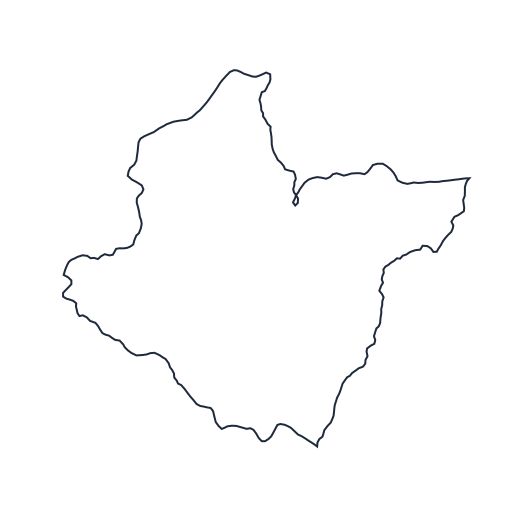 Varzelândia, Minas Gerais, Brazil, rotated 298°
{"feature_id": "56859067B50671796395977", "entity_name": "Varzelândia", "entity_type": "district", "adm_level": 2, "iso_a3": "BRA", "parent_name": "Brazil", "parent_adm1": "Minas Gerais", "projection": "albers", "projection_center": [-43.92, -15.637], "detail": "fine", "context": "isolated", "style": "outline", "palette": "slate", "viewbox_px": 512, "rotation_deg": 298, "n_neighbors": 0, "source": "geoboundaries", "source_scale": "gbopen_adm2", "svg_char_len": 4444}
<svg xmlns="http://www.w3.org/2000/svg" viewBox="0 0 512 512"><g transform="rotate(298 256 256)"><path d="M116.5,399.4L120.3,397.8L124.3,397.9L127.5,399.5L130.4,399.0L134.3,398.1L139.7,399.0L143.9,400.2L147.1,400.0L151.3,399.5L155.2,398.0L158.4,396.6L161.5,395.5L165.0,394.9L169.1,394.1L173.7,394.1L177.9,393.5L183.9,392.4L188.4,392.9L191.7,393.4L194.2,395.1L197.8,395.8L201.7,397.8L205.1,399.4L208.5,402.4L212.2,403.0L215.6,401.5L219.9,401.5L223.5,398.5L226.5,397.5L230.6,399.3L234.0,401.7L237.7,400.8L240.6,397.8L245.2,396.9L248.6,396.3L251.4,397.4L255.0,397.1L259.6,395.1L264.5,393.4L268.1,391.4L271.6,390.6L275.2,388.8L279.4,388.1L281.5,385.2L283.2,381.2L288.4,380.5L292.0,380.7L294.4,378.0L297.6,377.0L301.0,376.8L303.9,374.8L307.3,375.2L310.2,377.0L313.4,378.3L316.7,380.3L320.0,381.4L321.4,384.5L325.2,385.4L327.8,388.0L331.8,390.1L335.9,393.9L338.7,398.0L343.3,398.3L345.2,402.7L344.8,406.9L342.9,410.7L344.6,413.6L347.7,413.6L352.1,414.1L356.9,414.1L360.6,414.7L364.8,415.7L369.0,417.1L372.6,416.8L375.6,415.9L378.0,412.4L383.8,412.8L386.9,415.3L389.8,416.8L393.1,418.5L396.2,417.3L399.2,415.1L402.7,412.6L407.1,412.1L411.2,410.1L414.7,408.2L418.1,407.4L421.3,407.1L424.8,407.9L422.8,404.4L421.0,401.8L418.9,399.0L417.1,396.3L415.0,393.4L412.4,389.7L409.7,385.6L407.2,382.4L405.0,378.5L403.1,374.5L401.1,371.7L399.0,368.8L396.7,365.1L394.9,360.7L392.8,358.4L390.7,355.7L389.4,350.7L389.2,345.5L391.9,342.1L394.2,338.2L395.7,334.3L396.7,329.2L397.0,324.6L394.4,319.8L391.2,316.5L386.7,315.9L382.3,315.0L379.2,313.4L377.8,308.7L375.8,305.0L373.6,301.5L370.6,298.5L368.2,295.8L367.6,292.1L366.9,288.4L364.2,285.4L360.4,284.3L357.2,281.7L355.8,276.8L354.4,273.0L351.2,269.2L348.2,266.6L343.5,264.5L339.0,263.9L335.6,263.4L332.0,263.4L328.5,262.9L330.0,259.7L332.4,257.5L336.3,256.7L339.2,255.2L342.7,255.0L346.1,252.3L348.2,249.5L347.1,245.6L346.2,241.0L348.6,238.0L350.2,234.0L351.1,230.1L353.6,226.6L355.9,223.1L358.4,220.4L361.8,217.6L365.7,215.4L368.5,213.7L371.5,211.5L374.3,209.3L377.0,208.2L378.1,204.3L380.9,200.1L382.5,196.8L385.4,195.2L387.1,192.3L390.4,190.3L393.0,188.2L395.6,185.7L399.3,185.0L403.3,184.2L405.8,186.4L409.2,186.5L412.4,186.3L415.5,186.5L418.7,185.8L423.1,183.2L422.7,178.8L419.6,176.5L416.6,174.1L414.2,171.8L412.8,168.6L412.0,163.7L411.3,160.1L411.3,156.3L411.0,152.3L409.7,149.3L406.3,146.6L401.8,145.3L398.7,144.5L395.0,143.6L391.4,143.0L386.6,142.7L381.5,142.2L376.6,141.5L371.9,140.9L368.1,140.3L362.5,139.0L358.0,137.9L354.9,136.5L351.5,135.4L348.3,134.2L343.9,131.1L340.8,126.6L338.6,123.6L336.0,120.3L332.8,117.4L330.3,115.2L327.6,113.6L323.3,110.6L317.3,107.5L313.5,104.4L309.2,101.1L305.4,98.9L301.4,98.9L297.0,100.6L292.8,102.4L288.3,104.0L284.1,105.6L279.4,105.6L274.7,103.6L270.8,103.8L266.6,105.1L265.2,110.4L265.2,115.9L264.7,122.0L262.0,125.3L258.0,125.6L254.3,124.2L250.9,123.8L247.2,125.6L243.3,129.3L239.8,132.3L236.1,135.0L233.6,137.8L230.7,140.0L225.9,141.4L221.2,141.9L217.8,140.7L212.9,141.2L208.5,142.2L205.2,140.5L202.6,138.3L200.5,135.4L198.7,131.8L196.6,129.1L193.1,129.1L189.9,129.0L187.7,126.3L186.6,121.6L183.1,119.3L179.1,117.9L178.3,113.9L176.4,111.0L176.9,106.9L175.2,102.5L171.5,98.9L168.6,96.9L166.0,94.8L162.8,93.5L159.0,93.5L155.1,93.9L152.2,94.4L149.0,95.1L149.0,99.9L147.8,104.4L144.5,106.2L140.6,105.2L136.6,104.0L132.8,103.0L129.6,104.7L129.3,108.3L130.1,112.2L130.6,115.7L129.9,119.4L126.7,120.9L124.0,123.3L121.7,125.3L120.1,128.3L122.3,130.9L122.4,135.4L120.8,140.0L121.6,145.6L120.1,149.3L117.9,152.8L115.8,156.7L115.9,160.2L116.7,163.7L116.1,167.4L115.8,171.1L117.3,175.3L115.6,180.3L113.8,183.0L112.5,187.2L111.9,191.4L112.1,197.1L115.1,202.0L117.6,205.5L120.7,208.4L122.8,211.7L123.1,214.9L123.1,218.1L122.7,221.1L122.6,224.5L120.3,229.3L117.3,232.4L116.0,235.4L113.8,238.7L110.3,240.9L108.7,244.6L106.8,247.0L106.9,250.5L105.3,254.9L102.9,260.0L101.1,263.9L99.5,268.2L97.4,273.0L97.4,277.2L98.4,280.2L99.3,283.6L100.5,287.3L98.9,290.9L94.8,294.5L90.5,298.4L88.4,302.7L87.2,306.9L89.6,308.9L92.2,310.7L94.9,314.5L96.8,318.6L97.6,322.4L99.0,328.9L101.3,331.9L101.3,335.4L99.4,339.4L96.5,344.0L95.2,348.1L96.8,351.0L100.2,352.9L103.9,354.1L107.2,354.2L111.3,354.2L116.9,354.2L119.1,356.4L120.4,360.4L120.7,363.6L120.7,367.3L119.6,371.5L118.1,376.7L118.3,380.9L118.0,385.4L117.6,389.1L117.4,392.5L117.0,396.3L116.5,399.4ZM328.5,262.9L326.4,266.2L322.5,268.0L319.0,266.9L320.7,263.5L324.7,263.4L328.5,262.9Z" fill="none" stroke="#1e293b" stroke-width="2"/></g></svg>